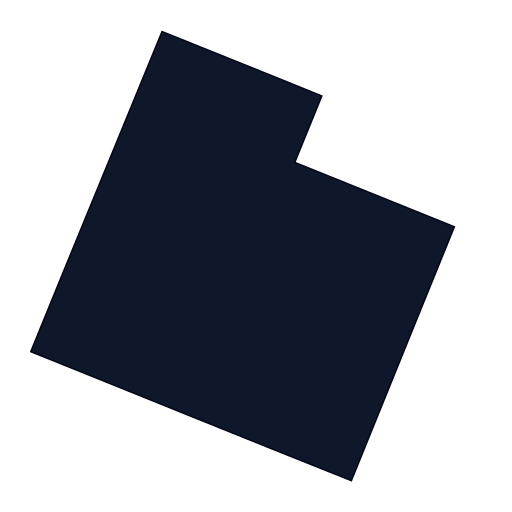 outline of Rice, Minnesota, United States of America, rotated 22°
{"feature_id": "52423323B99924975008254", "entity_name": "Rice", "entity_type": "district", "adm_level": 2, "iso_a3": "USA", "parent_name": "United States of America", "parent_adm1": "Minnesota", "projection": "albers", "projection_center": [-93.255, 44.37], "detail": "fine", "context": "isolated", "style": "filled", "palette": "ink", "viewbox_px": 512, "rotation_deg": 22, "n_neighbors": 0, "source": "geoboundaries", "source_scale": "gbopen_adm2", "svg_char_len": 332}
<svg xmlns="http://www.w3.org/2000/svg" viewBox="0 0 512 512"><g transform="rotate(22 256 256)"><path d="M425.2,428.6L428.6,428.6L428.8,255.1L429.0,154.6L256.9,154.7L257.1,83.0L203.0,82.9L84.8,83.1L83.3,342.7L83.0,429.1L167.7,429.0L253.4,429.0L342.1,428.9L425.2,428.6Z" fill="#0f172a" stroke="#020617" stroke-width="1.5"/></g></svg>